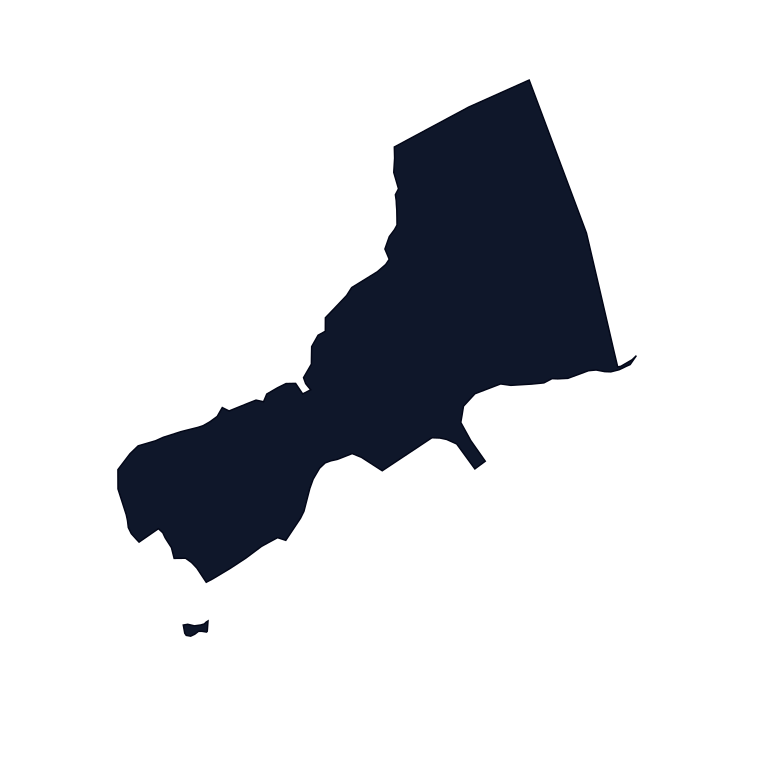 Meyuns, Koror, Palau (orthographic projection), rotated 135°
{"feature_id": "81905179B89717668575285", "entity_name": "Meyuns", "entity_type": "district", "adm_level": 2, "iso_a3": "PLW", "parent_name": "Palau", "parent_adm1": "Koror", "projection": "orthographic", "projection_center": [134.46, 7.354], "detail": "fine", "context": "isolated", "style": "filled", "palette": "ink", "viewbox_px": 768, "rotation_deg": 135, "n_neighbors": 0, "source": "geoboundaries", "source_scale": "gbopen_adm2", "svg_char_len": 2127}
<svg xmlns="http://www.w3.org/2000/svg" viewBox="0 0 768 768"><g transform="rotate(135 384 384)"><path d="M227.5,526.7L235.7,511.8L242.1,509.8L245.8,504.9L248.1,502.4L252.0,497.9L257.4,492.3L262.4,487.2L264.8,486.5L267.6,485.7L276.0,484.5L287.9,478.8L292.1,468.5L298.3,467.3L309.4,468.1L338.5,475.0L339.3,474.9L347.9,473.0L368.0,472.5L378.6,472.3L388.2,462.8L396.1,465.1L408.7,461.6L417.4,453.2L421.3,449.4L436.4,445.4L439.1,439.7L439.5,436.3L439.9,431.7L448.5,434.5L447.3,440.8L446.1,446.9L447.9,448.7L453.0,453.6L461.9,456.6L474.0,459.8L480.6,457.1L481.7,456.6L484.2,460.5L485.9,463.1L493.7,466.5L512.6,474.5L514.7,480.7L515.0,481.7L516.5,481.3L524.9,479.0L534.3,480.5L541.5,482.5L544.1,483.8L546.4,485.0L556.9,491.3L561.3,493.9L577.8,502.4L585.7,505.4L601.6,514.1L612.9,514.3L632.7,511.6L646.3,497.9L658.7,473.8L661.1,470.1L662.1,468.6L663.6,466.7L666.3,463.3L668.5,456.9L668.9,449.0L669.0,445.4L645.8,441.2L645.7,438.2L645.6,435.2L646.7,432.2L647.5,430.0L648.2,426.9L650.0,418.6L655.7,409.1L651.0,404.5L647.5,401.1L646.3,393.9L646.5,386.2L649.9,369.5L642.8,367.3L622.8,362.3L605.0,358.6L585.5,355.8L578.9,353.9L567.9,350.6L564.0,342.9L538.0,348.1L530.6,350.6L510.3,362.6L501.4,366.8L495.7,368.3L489.1,370.0L485.6,369.9L481.4,369.8L476.0,367.3L470.5,363.8L468.8,363.0L455.7,357.3L451.8,348.1L446.6,323.9L388.1,312.1L382.7,306.3L378.9,300.5L376.4,293.9L375.0,290.2L379.8,259.7L377.6,259.4L367.0,257.8L362.6,282.9L361.9,285.2L356.9,302.5L351.1,306.6L343.5,312.1L326.6,312.8L301.5,301.6L295.3,293.4L279.5,279.4L273.3,274.3L270.1,271.7L261.4,269.0L257.5,264.8L250.0,258.0L230.0,248.8L224.1,243.9L219.2,236.7L217.9,235.3L215.0,232.2L207.8,227.9L203.4,226.3L200.4,225.3L196.2,223.7L185.5,225.6L191.3,225.7L203.9,229.0L206.7,230.8L198.7,243.8L165.6,296.9L137.2,342.6L134.1,347.6L66.4,496.3L128.2,519.9L209.1,544.3L216.8,536.2L227.5,526.7ZM687.5,337.7L684.9,334.1L683.9,334.1L682.9,334.9L676.0,340.9L678.1,341.4L680.7,341.4L683.8,343.1L684.4,343.5L689.1,347.1L692.7,352.9L696.4,355.5L697.4,354.0L701.1,348.7L701.6,346.1L699.0,342.4L694.8,340.9L690.1,340.3L687.5,337.7Z" fill="#0f172a" stroke="#020617" stroke-width="1.5"/></g></svg>